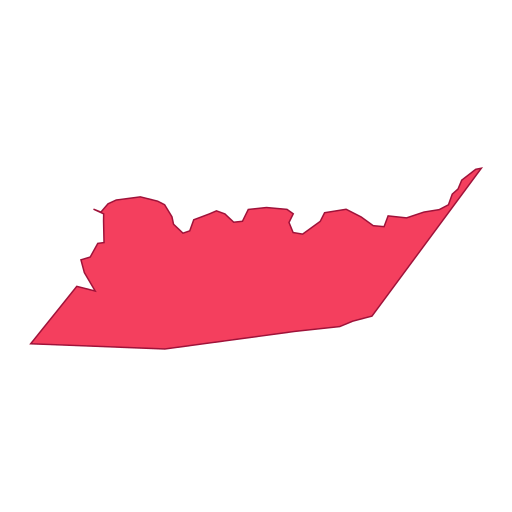 Umatac, Guam (Equal Earth projection), rotated 103°
{"feature_id": "77769853B97114790292533", "entity_name": "Umatac", "entity_type": "district", "adm_level": 2, "iso_a3": "GUM", "parent_name": "Guam", "parent_adm1": "", "projection": "equal_earth", "projection_center": [144.66, 13.31], "detail": "fine", "context": "isolated", "style": "filled", "palette": "rose", "viewbox_px": 512, "rotation_deg": 103, "n_neighbors": 0, "source": "geoboundaries", "source_scale": "gbopen_adm2", "svg_char_len": 895}
<svg xmlns="http://www.w3.org/2000/svg" viewBox="0 0 512 512"><g transform="rotate(103 256 256)"><path d="M119.8,56.2L122.1,61.4L135.8,72.6L145.2,74.2L151.6,78.7L162.8,80.0L169.6,87.9L175.4,102.2L185.0,117.9L187.2,136.3L198.6,137.8L200.1,148.6L194.3,162.3L190.2,178.7L198.4,198.9L207.8,201.2L224.2,215.5L224.8,225.1L215.9,231.4L206.5,229.2L203.6,236.3L206.4,256.7L212.4,274.0L225.2,277.0L228.1,285.3L223.1,293.9L222.0,295.7L220.9,304.7L225.4,310.8L231.0,319.2L234.7,324.8L246.4,326.2L250.2,332.3L243.6,343.5L236.7,346.7L226.6,356.6L224.7,364.2L224.4,382.0L232.9,404.8L238.4,411.9L248.1,417.0L246.9,424.9L249.2,413.9L256.2,412.4L277.1,407.1L279.3,413.0L294.3,417.3L299.1,425.7L310.8,419.5L326.3,404.8L325.9,423.8L353.1,436.9L375.4,447.7L392.2,455.8L367.1,323.9L320.8,201.4L305.9,158.5L297.8,147.2L291.3,134.9L288.5,129.5L119.8,56.2Z" fill="#f43f5e" stroke="#9f1239" stroke-width="1.5"/></g></svg>